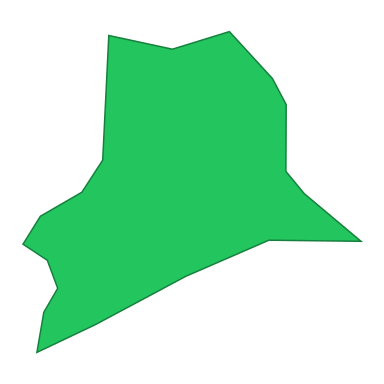 Kibuku, Natural Earth projection, rotated 180°
{"feature_id": "UGA-5595", "entity_name": "Kibuku", "entity_type": "County", "adm_level": 1, "iso_a3": "UGA", "parent_name": "Uganda", "parent_adm1": "", "projection": "natural_earth1", "projection_center": [33.805, 1.052], "detail": "fine", "context": "isolated", "style": "filled", "palette": "green", "viewbox_px": 384, "rotation_deg": 180, "n_neighbors": 0, "source": "natural_earth", "source_scale": "10m", "svg_char_len": 403}
<svg xmlns="http://www.w3.org/2000/svg" viewBox="0 0 384 384"><g transform="rotate(180 192 192)"><path d="M275.2,348.5L211.7,334.8L154.6,352.4L111.6,305.5L97.8,279.4L98.1,212.6L79.7,190.3L23.0,142.7L115.1,143.8L198.2,107.7L288.2,59.6L347.1,31.6L340.2,71.7L326.3,95.7L336.7,123.7L361.0,139.8L343.6,167.8L302.1,191.8L281.3,223.9L275.2,348.5Z" fill="#22c55e" stroke="#15803d" stroke-width="1.5"/></g></svg>